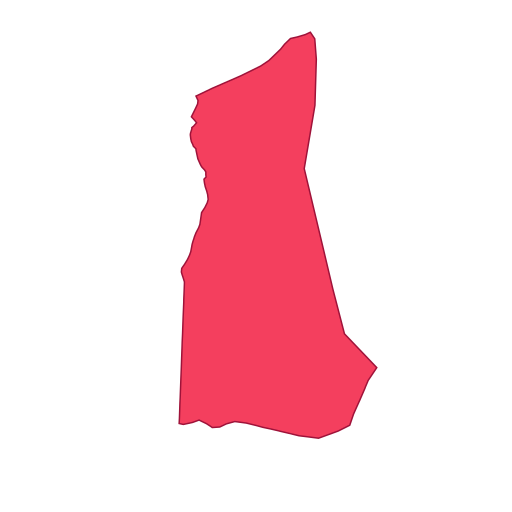 outline of Derniere Riviere/Mardi Gras/Morne Caca Cochon, Dennery, Saint Lucia, rotated 160°
{"feature_id": "8701671B53380311765902", "entity_name": "Derniere Riviere/Mardi Gras/Morne Caca Cochon", "entity_type": "district", "adm_level": 2, "iso_a3": "LCA", "parent_name": "Saint Lucia", "parent_adm1": "Dennery", "projection": "albers", "projection_center": [-60.919, 13.963], "detail": "fine", "context": "isolated", "style": "filled", "palette": "rose", "viewbox_px": 512, "rotation_deg": 160, "n_neighbors": 0, "source": "geoboundaries", "source_scale": "gbopen_adm2", "svg_char_len": 2042}
<svg xmlns="http://www.w3.org/2000/svg" viewBox="0 0 512 512"><g transform="rotate(160 256 256)"><path d="M257.7,426.8L257.5,424.4L257.3,421.9L258.9,418.8L261.9,415.8L269.1,408.9L267.1,404.1L266.6,402.4L266.3,401.5L268.9,400.1L270.3,399.3L271.4,399.0L272.4,398.6L272.6,398.1L272.6,397.7L275.6,393.7L275.9,393.1L276.3,392.3L277.2,388.5L277.6,385.5L277.3,382.8L277.3,380.5L276.2,378.2L275.8,377.4L276.2,375.7L276.8,371.5L277.4,367.2L277.0,361.3L276.8,359.7L276.5,358.2L275.7,356.3L274.9,354.5L274.4,352.2L274.8,351.0L275.3,349.7L275.9,347.3L278.6,346.0L279.1,343.9L279.5,342.0L279.6,341.2L279.9,339.0L280.0,338.6L280.0,338.1L280.1,333.6L280.3,331.9L280.4,330.4L281.6,325.5L283.4,323.0L283.6,322.7L287.5,319.0L289.5,317.5L292.3,315.4L293.2,313.7L293.4,313.3L297.9,304.9L300.3,302.1L304.4,298.4L307.4,295.0L308.7,293.2L309.3,292.5L310.1,291.5L311.9,289.0L312.4,288.2L313.3,286.6L315.8,282.4L316.7,281.3L318.2,279.5L320.4,277.3L322.0,275.8L326.3,272.4L328.5,270.9L330.0,269.8L331.6,266.5L331.8,264.0L331.9,260.4L332.1,256.2L332.6,254.9L332.7,254.6L335.7,247.2L338.7,239.9L339.6,237.5L345.2,223.9L348.8,215.0L351.5,208.3L354.7,200.6L357.1,194.6L358.4,191.4L364.7,175.8L368.5,166.5L370.9,160.6L375.9,148.3L376.7,146.4L377.7,144.0L383.5,129.6L385.5,124.9L383.5,123.6L381.9,122.6L375.6,121.7L372.5,121.3L365.6,121.3L363.8,119.4L359.9,115.4L356.8,111.3L355.8,109.8L353.4,109.1L348.5,107.7L341.3,108.4L332.6,107.7L330.6,106.7L322.2,102.3L313.4,96.4L308.2,92.7L301.3,88.4L294.1,83.7L293.0,82.9L286.4,78.6L277.1,72.4L270.0,68.8L266.9,67.2L264.2,65.8L259.5,63.4L252.4,63.4L243.2,63.4L238.7,63.4L225.8,64.9L219.6,72.6L218.4,74.1L215.9,76.7L209.2,83.6L207.8,85.0L206.3,86.6L198.9,94.4L198.0,95.5L196.4,97.2L193.9,99.9L193.3,100.6L192.5,101.2L189.6,103.3L185.9,106.0L180.7,109.8L199.5,152.6L195.1,198.7L190.7,236.3L180.8,321.6L149.1,377.4L132.0,420.3L126.5,440.0L128.4,447.7L133.9,447.2L142.3,447.7L149.2,448.6L156.6,445.3L162.2,441.9L177.0,435.3L186.7,432.9L208.9,430.5L239.4,428.6L257.7,426.8Z" fill="#f43f5e" stroke="#9f1239" stroke-width="1.5"/></g></svg>